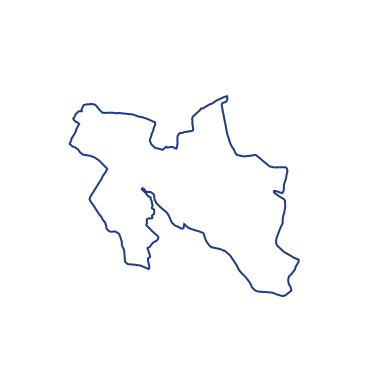 Barberena, Santa Rosa, Guatemala (Equal Earth projection), rotated 309°
{"feature_id": "79465075B64045433059615", "entity_name": "Barberena", "entity_type": "district", "adm_level": 2, "iso_a3": "GTM", "parent_name": "Guatemala", "parent_adm1": "Santa Rosa", "projection": "equal_earth", "projection_center": [-90.427, 14.303], "detail": "fine", "context": "isolated", "style": "outline", "palette": "blue", "viewbox_px": 384, "rotation_deg": 309, "n_neighbors": 0, "source": "geoboundaries", "source_scale": "gbopen_adm2", "svg_char_len": 4512}
<svg xmlns="http://www.w3.org/2000/svg" viewBox="0 0 384 384"><g transform="rotate(309 192 192)"><path d="M262.5,146.4L260.7,146.7L250.9,145.2L248.9,146.1L246.7,148.4L246.1,148.4L241.7,153.4L239.8,153.9L233.2,147.9L232.1,147.5L229.8,145.2L226.6,145.5L223.6,147.6L220.6,150.2L217.0,152.3L215.6,152.4L215.0,149.0L213.6,147.0L212.5,146.3L211.9,145.7L211.2,145.3L210.8,143.4L206.3,142.6L205.4,140.5L203.1,135.3L203.4,130.5L205.1,127.2L206.2,126.3L210.6,124.9L211.2,124.3L216.1,123.0L217.0,122.2L221.6,120.8L222.9,119.5L220.7,111.3L218.7,106.1L216.7,102.5L216.7,101.8L215.7,99.2L214.9,97.0L213.0,94.1L209.2,88.3L207.7,85.7L205.9,84.0L203.6,80.4L200.4,76.4L199.6,75.7L198.9,74.9L197.2,72.3L197.8,67.5L198.8,63.2L198.6,60.8L196.7,58.0L194.7,56.1L193.7,54.9L191.3,53.1L186.6,54.2L185.4,55.5L183.4,53.1L178.9,52.7L175.8,53.6L174.5,53.4L173.8,54.3L173.6,55.7L173.5,58.1L174.0,58.7L174.0,61.4L167.3,62.8L166.7,63.4L162.5,64.2L157.2,64.8L156.6,65.5L152.4,66.6L152.2,70.4L153.0,72.5L153.4,76.7L152.4,79.8L152.4,83.6L156.2,90.4L157.6,94.7L158.0,100.1L156.7,111.5L153.9,112.3L148.1,112.6L146.0,113.3L124.0,116.0L121.9,116.9L120.8,119.3L119.5,124.2L116.6,132.7L115.3,138.1L114.2,140.4L113.7,143.4L113.2,144.6L112.6,144.9L112.0,146.5L110.2,148.0L109.5,149.4L109.4,152.2L110.0,153.9L111.7,155.8L113.0,157.1L113.6,161.2L113.1,162.5L111.9,164.6L109.0,169.0L107.4,170.1L105.9,172.1L104.3,175.6L102.7,177.2L96.2,183.3L95.6,184.4L95.5,187.5L99.7,193.6L102.4,198.3L104.9,206.8L105.7,206.7L106.6,206.2L107.0,205.9L107.7,205.1L109.1,203.5L109.7,202.7L110.4,201.7L110.9,201.1L111.5,200.5L111.9,200.2L112.7,199.7L113.2,199.7L113.7,199.9L114.2,200.2L114.9,200.3L115.6,200.0L116.2,199.2L118.2,196.1L118.7,195.3L119.3,194.4L120.1,192.9L120.8,192.8L121.4,193.0L122.0,193.5L122.7,193.7L123.2,193.7L124.7,193.6L127.0,193.6L127.7,193.6L128.5,193.7L129.3,193.9L130.5,194.5L131.0,194.7L132.0,195.1L132.7,195.2L133.4,195.2L134.2,195.1L134.8,195.0L135.3,194.7L135.8,194.1L136.0,193.4L136.2,192.6L136.3,191.5L136.4,187.3L136.5,185.7L136.7,184.0L137.0,181.9L137.1,180.3L137.2,178.3L137.6,177.5L137.9,177.0L138.5,176.8L139.4,176.6L139.8,176.4L140.4,175.8L141.0,175.2L141.5,174.6L142.2,174.3L143.1,174.3L143.9,174.8L144.4,175.2L144.9,175.7L145.8,176.9L146.4,177.4L147.3,177.4L147.8,176.6L148.2,175.9L148.9,175.7L149.7,175.8L150.2,176.2L150.8,176.3L151.6,176.0L152.2,175.6L153.0,175.0L153.4,174.6L153.8,174.2L154.4,173.6L154.5,172.8L154.1,171.7L154.3,170.7L154.9,170.4L155.4,170.4L156.5,170.1L157.0,169.5L157.7,168.4L158.3,167.7L158.7,167.3L159.4,166.7L159.9,165.8L160.1,165.2L160.5,164.3L161.2,163.9L161.7,163.2L161.6,162.4L161.2,161.3L161.2,160.7L161.4,159.7L161.6,158.5L161.9,157.2L162.1,156.2L162.3,155.2L162.3,153.6L162.4,152.4L162.5,151.5L162.9,151.0L163.9,151.3L164.1,153.4L163.5,154.5L163.4,156.6L165.9,159.8L166.2,163.3L165.3,165.0L163.8,166.4L162.4,167.9L161.6,170.1L160.9,171.2L160.3,177.4L160.2,185.1L159.1,188.6L156.1,194.5L155.4,196.3L155.3,200.0L156.0,202.6L156.4,203.8L156.7,206.2L157.8,207.9L159.2,207.9L162.1,206.2L161.9,212.1L163.3,216.0L163.9,217.7L164.7,219.6L165.8,222.2L166.2,223.4L167.2,226.3L167.1,227.2L166.4,228.0L163.1,233.2L161.5,238.2L161.2,240.7L161.3,241.8L165.5,250.1L166.2,253.2L166.9,254.2L166.7,261.5L163.2,272.7L161.1,277.4L160.3,280.7L159.5,287.9L158.1,293.5L157.1,296.0L155.6,298.7L155.3,303.2L156.3,306.1L164.3,317.6L165.8,322.4L166.2,323.5L167.2,325.7L167.5,326.8L168.8,328.6L169.8,329.0L170.4,329.6L175.8,330.8L177.5,331.3L178.5,330.7L179.8,328.9L180.4,328.2L181.2,325.3L184.1,322.1L186.0,321.1L187.6,320.5L191.0,321.0L197.1,320.7L198.4,319.8L204.6,318.8L206.5,317.6L205.1,312.4L203.3,300.9L204.0,291.6L205.5,289.2L206.9,288.2L209.4,286.7L216.9,284.2L220.1,283.2L225.2,282.0L226.5,280.6L231.3,277.6L233.3,277.1L239.1,273.8L243.7,269.8L244.3,267.7L243.6,263.2L243.2,257.2L243.3,256.1L243.6,255.5L244.3,255.1L244.7,255.4L245.3,256.1L246.7,259.6L247.3,261.6L247.7,262.2L248.4,262.9L251.2,262.1L255.9,258.7L257.0,258.3L262.2,256.3L264.7,254.7L268.0,253.3L268.8,252.4L269.7,251.4L270.1,250.6L270.0,249.0L264.4,242.2L263.0,240.7L260.7,236.2L261.0,219.1L260.1,217.0L257.7,215.4L252.4,210.0L251.6,208.7L249.1,203.6L249.7,201.0L251.3,198.0L251.5,197.0L252.5,194.1L253.8,191.2L255.5,188.5L256.1,187.8L258.0,184.8L258.3,184.2L261.6,180.0L265.3,175.8L265.9,175.0L267.8,172.7L273.8,165.6L274.1,164.7L275.0,164.3L277.9,160.7L279.0,159.9L280.6,159.8L283.1,161.5L284.6,161.7L287.1,160.6L288.5,159.0L286.3,157.3L278.6,153.5L272.9,151.8L271.8,150.8L263.7,147.8L262.5,146.4Z" fill="none" stroke="#1e3a8a" stroke-width="2"/></g></svg>